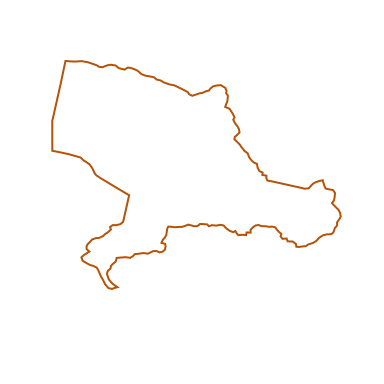 outline of Rio Claro, São Paulo, Brazil, rotated 281°
{"feature_id": "56859067B34756942449847", "entity_name": "Rio Claro", "entity_type": "district", "adm_level": 2, "iso_a3": "BRA", "parent_name": "Brazil", "parent_adm1": "São Paulo", "projection": "equal_earth", "projection_center": [-47.607, -22.398], "detail": "fine", "context": "isolated", "style": "outline", "palette": "amber", "viewbox_px": 384, "rotation_deg": 281, "n_neighbors": 0, "source": "geoboundaries", "source_scale": "gbopen_adm2", "svg_char_len": 3077}
<svg xmlns="http://www.w3.org/2000/svg" viewBox="0 0 384 384"><g transform="rotate(281 192 192)"><path d="M296.5,42.8L271.8,42.4L235.0,41.3L227.8,42.7L205.8,47.0L205.8,54.5L205.6,64.1L204.6,76.1L202.3,79.6L201.3,82.3L199.6,86.1L197.0,89.0L194.8,90.8L192.1,92.6L190.1,94.9L188.1,99.7L178.5,126.1L176.9,130.9L149.6,130.1L146.7,127.7L145.0,124.0L144.3,120.4L141.9,118.2L139.7,119.6L136.4,117.1L134.1,114.7L131.9,113.2L129.3,109.8L128.4,106.5L126.4,103.1L123.1,101.1L120.8,99.5L118.1,98.9L115.8,99.5L113.9,102.6L112.2,100.8L109.3,97.7L106.8,95.9L103.7,97.7L102.4,101.2L100.8,106.0L100.7,108.8L99.6,112.8L97.3,115.0L93.9,117.2L91.8,118.7L88.5,121.6L84.8,124.4L81.7,128.4L81.6,132.1L83.2,134.5L84.3,137.0L86.7,131.7L88.3,129.4L90.6,126.8L93.2,125.4L95.3,124.1L98.5,124.4L101.2,126.6L104.0,126.5L106.8,128.4L109.2,130.4L112.9,130.6L114.0,134.4L115.3,139.0L115.6,143.9L117.4,146.0L120.1,147.7L121.4,152.0L122.8,155.9L123.1,160.6L126.5,165.0L127.3,168.6L126.5,171.6L127.7,174.4L130.3,176.5L133.8,176.4L135.9,175.6L136.3,171.7L139.3,172.4L141.8,173.9L145.1,175.0L148.0,174.8L151.3,174.7L153.5,175.3L153.9,178.2L154.1,181.7L155.1,185.5L156.0,189.2L157.5,191.8L159.3,194.7L158.8,200.4L159.5,203.8L162.2,206.0L162.7,209.8L163.1,213.1L161.6,215.2L163.3,218.0L163.6,222.1L165.2,226.1L165.2,229.5L163.1,232.1L161.1,236.3L160.4,240.1L162.0,242.0L160.2,243.5L158.5,245.6L159.6,249.6L160.0,253.3L162.7,253.3L163.3,257.3L166.1,256.7L168.7,258.3L171.2,260.7L172.3,263.7L171.7,266.7L172.5,271.2L172.5,274.4L173.3,277.0L173.3,280.1L171.2,282.7L169.7,284.5L167.9,287.7L165.4,287.4L163.3,289.7L164.4,293.7L161.8,295.3L162.6,300.3L160.8,303.9L158.2,304.9L158.5,307.6L159.7,311.1L160.7,314.3L162.5,315.8L165.3,320.8L167.9,323.5L171.4,325.6L174.5,328.9L176.1,332.3L177.1,336.5L179.1,338.4L181.2,338.8L183.8,339.1L186.8,340.8L189.9,340.2L193.7,341.9L196.2,342.7L199.8,341.3L202.3,339.4L206.2,333.6L207.8,331.5L210.9,333.0L214.0,333.0L218.3,332.6L220.8,330.1L220.8,325.5L220.9,322.5L223.8,320.5L228.5,318.0L226.8,314.3L225.4,311.9L223.9,309.8L221.8,308.2L217.8,305.8L216.7,301.7L216.9,298.7L217.7,267.3L217.6,263.9L219.5,262.4L222.2,261.9L222.2,257.8L224.6,257.6L225.3,254.3L228.3,251.8L232.0,250.4L232.8,246.9L235.1,243.5L237.1,241.4L240.7,239.2L242.3,235.7L245.5,232.0L247.6,229.9L250.1,226.4L251.9,223.5L254.3,223.5L256.1,225.0L259.4,227.3L262.6,226.1L265.2,224.0L268.0,220.9L270.8,218.7L273.3,219.5L276.5,217.2L278.2,215.5L280.9,212.9L281.8,208.4L284.6,208.7L287.6,209.4L291.1,209.1L293.5,208.8L295.6,206.6L297.7,206.7L300.6,204.8L302.4,199.8L301.2,195.8L299.6,192.4L297.3,190.5L294.8,189.2L293.6,186.6L291.4,183.4L290.3,180.6L288.7,177.8L286.5,173.9L287.3,170.7L289.3,168.7L290.3,165.5L291.2,162.3L293.3,154.5L293.3,149.1L294.1,143.8L295.5,139.9L295.6,136.1L297.4,132.6L297.4,128.0L297.3,124.0L298.1,119.6L299.6,117.4L300.9,114.8L301.5,112.1L302.1,108.4L301.9,105.3L299.3,102.4L299.6,96.6L301.6,92.9L301.4,87.8L300.3,85.0L299.0,82.7L297.4,80.4L297.1,77.1L298.2,74.3L298.9,69.7L299.5,64.9L299.4,58.6L298.6,55.6L297.7,52.2L296.9,46.8L296.5,42.8Z" fill="none" stroke="#b45309" stroke-width="2"/></g></svg>